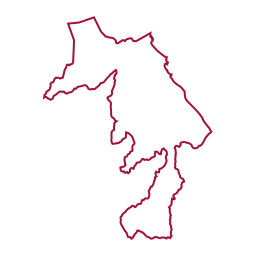 Barranca, Lima, Peru (Robinson projection), rotated 179°
{"feature_id": "86281439B29685222960103", "entity_name": "Barranca", "entity_type": "district", "adm_level": 2, "iso_a3": "PER", "parent_name": "Peru", "parent_adm1": "Lima", "projection": "robinson", "projection_center": [-77.671, -10.626], "detail": "fine", "context": "isolated", "style": "outline", "palette": "rose", "viewbox_px": 256, "rotation_deg": 179, "n_neighbors": 0, "source": "geoboundaries", "source_scale": "gbopen_adm2", "svg_char_len": 5786}
<svg xmlns="http://www.w3.org/2000/svg" viewBox="0 0 256 256"><g transform="rotate(179 128 128)"><path d="M104.8,17.3L103.0,18.5L102.5,18.5L100.4,18.2L98.8,17.4L97.8,17.3L95.9,18.0L94.4,17.8L93.5,17.9L91.4,16.8L90.5,17.9L89.6,18.1L88.5,17.4L87.6,17.2L87.1,18.5L86.3,19.5L87.0,20.5L87.1,21.4L86.7,24.1L86.1,25.8L86.8,27.8L86.7,29.5L87.8,31.6L87.2,33.2L87.7,34.9L87.7,35.8L87.4,36.0L87.0,36.9L87.4,38.2L86.6,39.8L87.4,41.5L87.3,42.7L87.8,43.8L87.6,46.8L88.4,48.1L86.8,49.4L85.9,51.0L85.2,56.6L83.5,56.0L82.7,56.1L82.6,57.1L83.7,58.7L83.9,59.4L83.7,60.0L82.9,60.8L80.5,61.9L79.2,63.8L78.5,65.3L77.2,65.6L76.4,66.4L75.4,68.1L75.6,70.3L75.0,71.9L74.2,73.0L72.9,73.3L72.8,73.8L73.2,74.4L73.6,76.0L75.1,76.6L76.7,78.0L77.0,79.8L77.9,81.8L78.4,84.7L79.1,85.7L81.2,86.6L81.8,87.7L81.3,89.0L81.5,92.2L80.9,93.8L81.4,95.8L81.0,97.4L81.2,98.9L80.8,99.6L81.0,100.7L80.6,101.2L80.6,101.7L81.0,106.3L81.7,107.1L81.5,108.1L80.1,109.4L78.8,109.1L77.2,108.2L75.6,110.1L76.0,111.4L75.2,112.5L72.5,113.1L69.8,112.5L69.4,112.1L68.2,112.0L66.5,111.3L64.7,109.9L64.2,108.2L63.2,107.0L62.1,106.5L59.7,106.7L58.3,107.8L57.3,109.1L56.2,109.0L55.0,109.7L53.3,112.0L50.5,117.1L46.7,121.3L45.9,121.6L44.7,122.8L46.1,124.8L46.4,125.9L51.8,133.0L53.2,135.6L53.1,136.2L56.6,141.2L60.3,145.5L67.8,153.3L69.6,155.7L70.3,157.6L70.9,163.8L71.1,164.2L72.1,165.0L72.8,166.2L74.6,168.1L78.4,170.8L81.3,173.4L82.4,174.9L82.7,176.0L84.4,177.7L84.7,178.9L84.5,179.3L83.9,179.7L83.8,180.2L83.5,180.3L83.6,180.9L84.5,180.8L85.2,181.1L87.1,182.9L87.5,183.7L87.5,184.5L88.0,184.7L88.0,185.3L88.7,185.7L89.8,187.6L90.3,189.2L90.3,190.2L89.9,191.3L89.3,191.6L88.2,191.1L88.4,191.6L86.9,192.5L87.2,193.2L88.1,193.3L88.4,195.0L88.9,195.6L88.3,196.3L88.3,197.6L88.1,198.0L88.7,198.0L89.6,198.8L89.9,198.7L90.7,199.2L97.1,204.5L100.5,208.2L102.5,210.7L103.1,211.8L103.3,213.2L102.9,213.9L101.8,214.6L101.7,215.8L102.3,215.8L102.4,216.6L101.6,216.9L102.1,217.9L102.7,218.1L102.8,218.5L103.0,218.3L103.3,218.9L103.7,218.6L104.1,219.2L103.7,220.2L104.0,220.5L104.1,221.1L103.9,222.5L117.9,214.9L121.0,214.7L122.9,217.5L124.0,217.7L127.3,216.9L128.7,216.1L129.0,215.4L129.6,214.9L131.0,215.9L131.6,216.0L136.5,213.0L137.6,213.0L138.3,213.3L138.5,213.7L138.5,214.8L139.0,216.1L140.8,217.8L142.7,218.5L145.9,218.9L146.9,219.7L148.7,219.7L150.5,221.9L152.7,224.1L153.4,225.0L160.1,239.2L175.2,234.3L186.1,233.4L180.4,216.7L181.7,194.8L182.3,193.5L183.1,192.9L184.3,192.8L185.3,191.8L186.0,191.8L186.7,192.4L187.9,192.3L188.4,191.1L188.9,189.4L190.2,187.5L192.3,179.5L192.7,179.2L193.9,179.2L195.0,178.6L197.0,179.6L198.4,179.3L198.9,179.6L199.5,179.5L200.8,177.8L202.0,175.1L203.7,174.7L204.5,174.0L204.7,173.4L204.5,172.0L205.5,168.4L206.2,167.4L208.7,165.8L209.7,163.4L211.0,162.4L211.3,160.0L210.5,160.6L208.9,160.3L208.0,159.3L204.9,157.6L203.0,158.5L202.6,159.0L201.8,161.3L198.5,163.3L197.6,164.4L195.3,165.7L194.5,165.8L193.1,165.1L192.3,165.6L191.4,165.5L191.0,165.2L190.7,164.5L188.7,163.4L187.9,163.7L187.0,164.4L184.8,164.7L183.4,165.3L181.7,167.0L181.1,168.3L179.3,168.1L178.1,169.7L177.5,170.0L174.7,170.5L171.0,171.5L169.9,171.6L169.0,171.1L167.7,169.6L166.9,167.9L166.1,167.4L164.4,167.2L163.0,167.7L161.3,167.4L160.6,167.5L155.6,171.5L155.3,172.3L154.6,173.3L152.7,173.6L151.4,174.3L147.9,178.3L145.8,180.3L144.7,182.0L143.9,182.3L139.1,186.3L138.8,185.9L138.8,185.0L138.5,184.3L138.6,183.0L138.9,182.2L140.2,181.4L140.0,180.8L141.1,178.2L140.9,177.1L140.4,176.7L139.9,175.8L140.7,174.2L140.4,172.9L141.7,168.7L142.4,168.0L143.0,165.9L143.6,165.2L143.2,163.1L144.1,160.9L147.8,159.1L148.1,158.2L147.0,156.2L145.7,155.1L145.0,154.1L144.5,152.7L145.0,149.8L144.6,146.1L144.6,141.2L144.2,139.8L143.6,139.0L141.8,137.7L140.5,135.4L139.3,135.0L141.1,133.6L141.8,132.6L141.4,131.1L142.0,129.7L141.9,126.4L143.5,125.6L144.6,123.8L144.6,118.0L144.9,115.8L144.6,114.2L143.8,112.5L141.3,112.5L140.5,112.9L137.6,113.1L136.8,113.9L134.8,114.8L133.8,116.8L133.1,116.8L130.6,118.5L130.2,119.3L130.3,120.1L130.0,121.8L130.1,123.6L128.9,123.4L127.2,122.5L124.1,119.5L122.8,116.4L122.8,115.4L122.0,114.1L121.8,112.2L123.7,110.3L124.0,109.2L123.9,105.8L124.1,105.0L125.0,104.7L126.4,103.9L126.5,102.7L128.3,101.9L129.6,99.6L131.7,98.9L131.8,97.5L132.1,97.0L132.2,95.9L131.6,93.8L131.7,92.8L131.1,91.0L132.4,89.7L135.1,88.8L136.0,88.9L136.4,88.4L135.9,85.4L134.3,84.5L132.8,84.6L132.3,83.6L131.7,83.2L129.9,84.1L129.2,83.6L128.9,82.9L128.4,82.8L126.7,84.5L126.8,86.4L125.7,87.8L125.0,88.0L123.2,87.1L122.7,88.8L122.0,90.0L121.1,90.8L119.9,93.0L119.2,93.3L117.6,93.3L116.5,93.8L114.2,96.8L113.9,96.9L113.0,96.7L112.2,95.8L109.9,96.2L108.3,95.6L106.3,96.4L104.9,98.0L103.9,98.1L101.7,99.3L101.5,99.9L101.7,101.1L101.1,103.9L99.3,103.7L98.4,103.1L97.7,101.9L96.4,101.2L95.6,101.2L95.2,102.2L95.4,103.0L94.8,105.0L94.2,106.1L92.9,106.9L92.6,106.9L92.4,106.2L91.3,105.4L90.0,104.1L89.7,103.2L89.5,100.8L90.6,98.9L90.6,97.5L90.0,94.4L90.6,92.6L92.2,89.6L95.2,87.0L96.6,86.8L97.4,86.4L97.5,84.3L97.8,83.1L99.1,83.1L100.6,83.9L101.0,83.4L101.4,82.2L100.8,79.6L100.4,79.0L101.3,78.7L102.0,78.1L101.7,76.5L102.9,74.6L103.2,72.9L103.9,70.7L104.9,69.8L105.1,69.0L106.4,68.7L107.3,66.3L108.1,65.2L108.4,64.6L108.3,63.5L107.8,61.8L107.8,60.5L108.6,58.0L109.5,57.1L111.8,57.3L112.9,56.8L113.2,56.0L113.8,55.6L115.0,55.7L115.3,55.5L116.2,52.3L118.0,51.7L118.8,51.9L119.5,51.6L121.9,48.8L122.5,48.7L123.3,49.7L124.7,50.3L125.3,50.1L126.5,48.8L128.9,47.6L131.4,45.3L131.9,44.3L134.7,42.2L135.2,41.6L135.6,40.2L136.5,39.6L137.1,38.5L136.7,36.4L137.1,33.4L136.7,32.2L132.8,25.0L131.2,23.2L130.1,19.4L129.9,19.1L127.2,18.6L126.9,17.5L126.2,17.3L124.7,18.7L124.4,19.8L123.7,20.3L123.5,21.3L121.3,23.4L120.6,25.1L119.9,25.5L118.9,24.8L117.5,24.5L116.4,23.7L115.0,23.3L111.2,19.2L109.4,18.6L106.8,16.9L104.8,17.3Z" fill="none" stroke="#9f1239" stroke-width="2"/></g></svg>